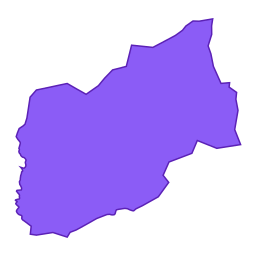 the district of Caxir, Arhangay, Mongolia
{"feature_id": "93677404B64236093980900", "entity_name": "Caxir", "entity_type": "district", "adm_level": 2, "iso_a3": "MNG", "parent_name": "Mongolia", "parent_adm1": "Arhangay", "projection": "albers", "projection_center": [98.445, 47.977], "detail": "fine", "context": "isolated", "style": "filled", "palette": "violet", "viewbox_px": 256, "rotation_deg": 0, "n_neighbors": 0, "source": "geoboundaries", "source_scale": "gbopen_adm2", "svg_char_len": 2164}
<svg xmlns="http://www.w3.org/2000/svg" viewBox="0 0 256 256"><path d="M238.0,110.4L235.9,99.3L236.6,92.4L229.1,87.1L229.6,82.7L221.0,83.4L213.4,66.4L210.9,53.9L208.1,45.9L211.7,34.4L211.6,25.9L212.7,18.9L199.1,21.2L198.9,21.2L193.0,21.0L185.9,26.0L182.5,30.3L175.3,35.5L166.9,40.0L152.9,47.4L131.6,45.2L128.8,56.5L126.3,66.4L122.8,67.3L122.7,67.3L121.0,67.8L119.4,68.2L112.6,69.9L107.7,75.0L104.7,78.1L102.7,80.5L98.4,85.7L98.1,85.9L97.7,86.2L86.1,94.3L81.2,91.5L76.9,89.1L67.2,83.5L60.9,84.8L46.5,87.9L45.4,88.1L44.8,88.3L43.1,88.6L36.4,90.0L30.1,97.2L28.0,111.0L26.9,118.1L25.8,121.6L25.0,124.2L23.0,126.0L19.2,128.5L17.5,132.7L16.2,136.7L17.9,139.4L19.0,140.7L20.1,142.2L20.3,143.0L20.2,143.8L18.9,148.4L19.3,149.1L19.4,149.6L19.0,150.8L18.9,151.8L19.3,153.0L19.8,153.6L20.2,153.9L20.9,155.6L21.6,156.4L22.5,157.1L24.2,157.6L25.3,158.7L26.0,159.9L26.0,160.4L25.7,161.1L25.3,162.3L25.4,163.1L25.9,165.0L25.7,166.4L25.0,167.5L24.0,168.2L22.5,167.9L20.7,167.3L21.9,168.7L22.6,170.3L22.6,171.1L21.9,171.7L21.6,172.0L21.5,173.1L21.2,174.2L20.7,175.6L20.3,178.6L20.3,179.8L19.5,181.5L19.4,181.8L19.8,184.4L20.8,186.1L21.5,187.7L21.6,189.1L21.2,190.0L18.5,190.2L17.1,190.3L16.7,190.7L16.5,191.2L17.3,192.2L18.3,193.5L19.3,194.5L19.5,195.8L19.3,196.9L19.6,197.8L19.5,198.6L18.9,199.1L17.9,199.2L16.8,199.5L15.6,199.9L15.4,200.2L15.8,200.7L16.7,201.1L17.1,201.6L16.9,202.0L16.3,202.8L15.8,203.3L15.9,204.0L17.0,205.2L17.7,205.9L18.6,206.5L18.8,207.0L18.8,207.6L18.2,208.2L16.9,209.9L16.4,211.1L17.0,212.6L18.2,214.0L19.2,214.7L20.7,215.2L21.5,215.5L21.9,216.2L21.9,217.4L21.7,218.0L21.9,218.9L22.8,220.0L23.3,220.4L23.9,220.7L31.2,226.2L30.3,234.2L36.4,235.1L52.9,232.5L67.2,237.1L70.1,232.3L76.1,230.0L85.4,224.9L96.7,218.5L107.0,214.5L109.8,214.3L110.9,214.7L112.1,214.9L113.6,214.8L114.4,214.6L115.0,213.9L115.3,213.1L115.8,211.1L116.2,210.2L116.5,209.8L118.2,209.4L119.2,209.2L120.2,209.1L122.6,208.7L124.9,208.4L127.4,208.7L130.0,209.9L132.4,210.7L133.7,210.8L136.0,208.8L142.2,205.8L158.3,196.8L168.7,182.4L163.1,175.3L169.0,162.0L191.9,153.3L197.3,140.5L216.8,148.3L240.6,144.6L234.7,129.6L238.0,110.4Z" fill="#8b5cf6" stroke="#5b21b6" stroke-width="1.5"/></svg>